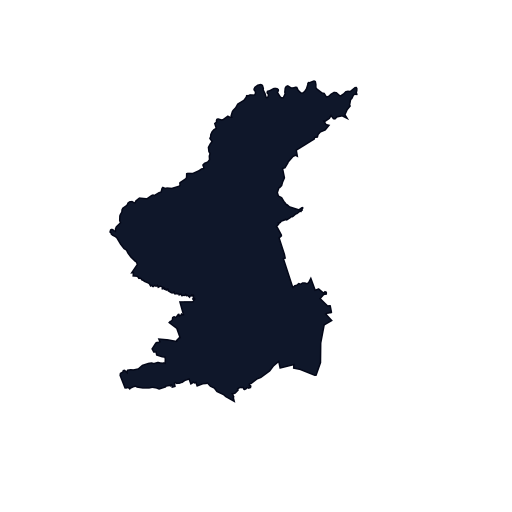 Colima, Colima, Mexico, rotated 230°
{"feature_id": "50627088B47907092422730", "entity_name": "Colima", "entity_type": "district", "adm_level": 2, "iso_a3": "MEX", "parent_name": "Mexico", "parent_adm1": "Colima", "projection": "orthographic", "projection_center": [-103.617, 19.099], "detail": "fine", "context": "isolated", "style": "filled", "palette": "ink", "viewbox_px": 512, "rotation_deg": 230, "n_neighbors": 0, "source": "geoboundaries", "source_scale": "gbopen_adm2", "svg_char_len": 6144}
<svg xmlns="http://www.w3.org/2000/svg" viewBox="0 0 512 512"><g transform="rotate(230 256 256)"><path d="M252.7,79.4L253.2,76.7L251.9,75.2L239.1,70.9L238.3,71.8L237.9,73.0L236.4,73.9L235.4,73.9L235.6,74.4L234.8,77.7L233.8,80.0L232.0,80.7L227.9,84.3L223.6,89.4L222.1,92.2L219.0,94.9L216.4,96.3L213.9,102.5L214.2,103.5L212.4,106.6L211.9,106.8L212.2,107.0L211.6,108.6L209.4,107.5L208.2,110.1L211.0,111.8L211.0,113.0L209.5,113.3L207.6,115.9L207.4,117.0L206.7,118.2L206.4,121.6L204.8,125.7L199.9,123.9L199.6,125.9L199.9,126.8L198.2,127.4L197.8,128.7L194.3,127.4L192.3,133.2L190.3,136.0L190.0,137.2L185.6,137.4L181.6,139.2L177.3,139.0L170.6,142.1L167.7,142.5L158.7,145.9L162.2,147.6L162.4,148.4L165.8,149.3L165.0,150.3L164.4,151.9L164.8,156.0L166.1,156.7L165.6,159.1L163.6,161.4L164.1,161.9L161.7,161.1L161.1,161.4L160.7,163.0L161.0,164.0L160.6,164.8L159.3,165.6L159.5,166.6L158.8,167.2L159.7,168.4L160.2,168.4L161.1,167.7L162.2,168.6L161.5,170.4L161.2,177.8L159.9,181.6L159.2,192.6L160.6,198.6L160.7,205.7L154.7,202.5L148.5,215.2L145.9,212.8L140.8,216.9L126.8,224.4L126.1,225.4L132.9,236.9L147.8,249.7L159.4,263.9L157.9,272.5L166.7,272.1L166.2,274.7L165.4,275.1L165.4,276.3L164.4,276.8L164.4,277.6L170.1,280.8L171.0,279.9L171.4,278.7L182.2,277.7L183.0,283.1L181.7,285.4L182.7,286.3L183.6,286.4L183.7,285.7L184.3,285.7L184.2,283.9L190.5,282.8L191.7,279.3L203.6,283.6L201.9,279.6L201.7,278.0L202.7,276.6L203.8,276.2L205.4,274.3L205.6,272.1L207.4,271.0L207.3,268.5L208.3,266.6L208.1,264.1L209.0,264.2L236.5,275.3L235.7,277.0L239.0,278.8L255.0,285.3L255.1,288.4L255.8,288.9L263.8,290.6L265.3,290.5L266.0,294.3L266.9,294.4L266.0,296.3L266.6,297.3L265.6,299.9L265.6,301.0L265.0,301.2L265.1,302.3L263.9,302.7L263.4,307.1L263.6,308.1L262.8,308.9L262.6,309.9L262.7,313.4L262.2,314.6L262.1,318.3L261.2,319.1L261.7,319.9L261.5,320.9L262.3,321.2L262.7,322.7L263.1,322.8L263.5,322.1L263.8,318.5L272.2,313.2L274.7,312.9L274.9,312.4L275.4,312.7L277.2,312.1L278.2,312.5L279.2,312.3L284.2,313.1L287.5,311.7L290.9,313.1L293.6,317.5L293.2,318.2L293.5,320.9L295.5,323.8L297.6,328.0L306.0,332.6L305.0,334.9L306.9,340.4L307.3,340.7L308.5,348.2L307.8,351.0L305.9,351.8L311.2,354.9L308.2,375.8L309.2,377.0L307.7,379.5L309.2,381.6L309.7,385.0L308.1,390.0L309.2,395.9L311.7,394.1L315.6,394.7L314.8,395.4L314.3,400.6L315.4,403.8L311.4,403.6L310.3,404.6L310.5,407.5L308.0,412.1L302.9,414.3L307.1,414.9L309.5,419.8L310.4,424.5L311.6,424.8L315.0,429.0L315.1,430.7L316.6,433.9L316.7,435.0L315.6,436.6L314.5,437.4L315.3,437.2L316.8,437.9L317.9,439.5L319.5,440.9L320.6,441.1L321.3,440.1L321.4,433.9L323.1,432.3L324.1,430.4L323.8,427.3L324.1,425.5L324.0,423.8L325.6,423.0L329.4,422.5L331.1,421.0L331.7,417.4L331.5,414.6L332.3,412.4L333.3,412.2L336.7,412.7L338.3,411.4L345.1,409.9L346.6,410.1L348.9,412.1L351.4,413.5L352.3,413.3L352.9,412.6L354.3,408.4L355.1,407.7L354.8,406.6L354.2,406.2L351.6,402.1L350.7,398.9L350.8,396.3L351.6,395.4L352.8,395.1L356.0,394.8L358.9,395.6L359.7,395.0L360.8,392.6L362.2,390.9L365.9,389.7L366.4,388.1L365.8,386.3L363.0,383.4L361.5,382.6L359.7,378.7L360.5,377.4L362.0,376.8L367.5,377.5L368.3,379.4L369.2,380.0L370.6,379.7L372.1,378.4L372.9,377.1L373.8,372.7L374.8,370.6L373.8,369.4L371.9,369.4L371.1,368.8L370.0,367.1L370.4,365.9L371.6,365.9L374.4,367.2L378.8,368.3L379.6,369.3L382.4,370.5L383.3,370.4L384.4,369.7L385.7,367.1L385.9,363.6L385.1,361.8L384.4,361.3L383.2,361.4L381.3,360.6L380.3,359.0L380.4,358.0L383.2,355.0L383.7,353.2L384.8,351.9L383.9,350.6L383.0,346.8L384.1,339.7L382.6,335.8L382.2,332.1L381.7,330.6L379.4,327.1L377.9,326.7L378.2,326.0L379.6,324.9L381.2,324.3L381.6,318.5L382.3,317.1L385.4,315.0L385.8,313.8L384.9,312.5L383.9,312.0L384.0,309.6L379.3,307.6L379.8,305.0L379.4,302.3L378.1,299.5L376.3,297.7L375.9,296.6L375.6,296.2L371.9,296.0L371.4,293.4L369.8,289.4L366.3,287.1L363.9,286.6L362.6,284.5L359.6,282.3L359.0,279.4L360.1,276.1L359.8,273.8L357.3,272.9L356.6,272.1L357.7,270.2L358.0,267.1L359.8,260.7L363.2,256.7L363.6,255.8L360.7,253.2L360.3,251.8L361.0,245.3L360.9,244.6L359.0,243.3L358.8,242.1L361.9,234.9L365.1,231.7L366.2,229.8L368.4,228.7L368.2,227.5L366.1,224.6L366.2,223.6L366.8,222.6L367.7,216.9L368.9,216.3L369.4,214.9L369.9,209.2L375.3,203.9L375.4,199.4L374.5,197.6L375.1,196.8L377.4,196.0L378.7,194.0L378.8,191.8L378.1,190.9L377.8,189.1L378.2,184.7L377.5,183.1L375.8,181.4L375.0,178.9L374.2,177.5L370.8,174.4L368.5,173.6L368.1,167.8L367.2,166.0L365.2,164.1L366.4,163.4L368.3,163.2L369.2,162.4L369.4,161.4L368.2,159.6L366.7,159.9L366.0,159.3L364.2,159.5L361.2,160.8L359.3,161.1L352.0,159.9L346.5,159.7L343.8,160.6L340.5,159.8L335.6,159.5L329.6,160.1L328.8,160.6L325.8,159.8L323.0,150.0L322.0,151.4L319.7,149.1L317.2,151.7L315.7,152.2L314.2,151.9L313.0,153.4L310.7,153.3L310.1,154.0L308.4,154.2L304.3,156.3L303.2,156.5L300.8,156.0L300.5,157.4L299.2,157.2L298.6,157.7L298.6,159.6L297.1,160.0L296.9,161.6L294.9,161.0L294.4,163.4L291.8,164.6L291.4,164.4L291.5,163.4L291.1,163.1L290.5,163.9L291.1,165.0L290.7,165.3L289.2,164.7L288.8,165.5L287.6,165.3L287.2,166.2L287.6,166.8L287.4,167.2L285.7,166.4L282.2,167.6L281.4,168.3L281.1,170.1L280.1,169.4L279.3,169.4L278.4,170.4L278.3,171.3L277.5,171.4L277.2,172.2L276.7,172.5L275.6,172.1L275.1,174.0L273.2,173.7L272.6,175.1L271.6,176.1L271.8,177.5L270.3,177.2L269.8,178.3L267.2,178.7L267.9,179.9L267.2,180.5L267.5,181.5L266.7,181.5L266.7,182.5L266.2,182.9L265.7,182.7L265.0,181.5L263.3,181.6L263.8,180.0L263.5,179.9L262.2,181.0L261.5,178.1L269.7,168.2L257.6,162.7L258.1,161.8L259.4,161.6L258.8,160.5L258.9,159.9L259.5,159.5L259.3,158.5L260.1,158.6L260.9,159.3L261.2,159.0L260.5,155.8L260.7,154.8L262.1,154.2L262.4,152.6L260.7,150.7L260.6,149.1L261.0,148.2L260.8,146.7L249.9,149.2L250.9,148.6L242.3,145.4L242.7,144.9L242.3,141.0L241.7,140.8L241.8,140.0L248.5,134.5L254.8,128.2L252.0,127.3L252.5,125.6L253.4,124.7L253.7,123.4L251.6,116.7L248.1,116.0L246.8,117.8L244.0,116.3L239.2,119.3L237.0,121.3L235.1,120.1L232.2,117.4L233.4,116.6L233.5,116.0L235.4,114.0L237.5,112.5L239.2,108.6L241.2,107.2L242.8,104.6L245.2,98.7L245.1,93.3L247.5,88.8L249.4,86.9L251.0,84.3L250.9,83.7L249.4,82.2L252.9,81.8L253.5,80.7L252.7,79.4Z" fill="#0f172a" stroke="#020617" stroke-width="1.5"/></g></svg>